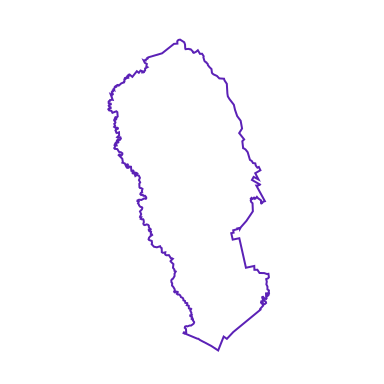 outline of Manawatu District, Manawatu-Wanganui, New Zealand, rotated 299°
{"feature_id": "76426892B10896556014", "entity_name": "Manawatu District", "entity_type": "district", "adm_level": 2, "iso_a3": "NZL", "parent_name": "New Zealand", "parent_adm1": "Manawatu-Wanganui", "projection": "mercator", "projection_center": [175.693, -40.12], "detail": "fine", "context": "isolated", "style": "outline", "palette": "violet", "viewbox_px": 384, "rotation_deg": 299, "n_neighbors": 0, "source": "geoboundaries", "source_scale": "gbopen_adm2", "svg_char_len": 5964}
<svg xmlns="http://www.w3.org/2000/svg" viewBox="0 0 384 384"><g transform="rotate(299 192 192)"><path d="M316.7,106.0L314.7,107.3L312.8,104.4L298.8,98.6L288.5,88.4L287.8,88.5L287.5,88.0L286.9,88.4L285.3,87.3L284.7,87.7L284.4,87.0L283.6,86.9L283.6,86.0L282.1,88.1L282.1,90.4L279.7,91.2L279.6,92.5L277.3,91.1L275.5,92.1L274.2,91.4L273.7,91.7L273.4,90.8L272.8,91.1L272.5,90.6L272.9,90.5L273.0,90.0L273.5,89.7L273.3,88.1L270.5,87.7L270.9,85.2L263.8,84.0L264.5,80.4L263.9,79.8L263.1,80.5L262.5,80.0L262.6,79.5L262.0,79.3L261.7,80.3L261.0,80.9L260.2,79.9L260.3,79.1L259.4,78.3L259.0,78.9L258.1,78.2L257.7,78.3L257.7,78.7L257.2,78.5L256.0,79.3L255.4,79.0L254.9,79.4L252.8,77.5L249.6,76.4L249.3,75.9L249.7,75.3L249.4,74.8L248.2,74.7L248.1,74.2L247.2,73.7L246.7,73.6L246.6,74.1L246.3,73.8L244.5,73.7L244.2,74.0L243.9,73.7L243.6,74.1L243.6,73.7L243.1,73.6L242.8,74.2L242.4,73.6L241.8,74.0L241.5,73.5L240.4,73.4L239.6,74.2L239.6,74.9L239.0,75.4L238.7,75.2L238.9,74.4L238.0,74.8L238.0,73.5L234.2,77.9L233.9,77.0L232.8,76.2L232.7,75.8L231.9,76.0L231.4,75.4L230.5,75.3L229.3,76.1L229.9,78.0L229.5,78.5L228.9,78.4L228.0,77.4L227.1,77.3L226.5,78.3L226.6,79.8L225.9,80.2L224.3,78.7L223.8,78.7L223.2,79.9L223.9,82.2L222.7,84.0L225.9,86.7L225.6,88.0L222.0,90.4L221.0,90.1L220.4,88.8L219.6,88.8L219.2,90.4L218.7,90.4L218.1,90.1L217.9,89.0L217.4,89.0L216.9,89.2L215.9,91.2L215.0,91.4L213.9,91.0L212.8,92.5L211.2,92.3L211.1,93.1L211.5,93.4L210.8,94.8L211.9,95.2L211.9,96.3L211.5,96.5L209.6,95.2L208.6,95.3L208.4,95.9L207.2,97.0L207.1,97.7L208.8,99.2L206.2,100.8L203.6,100.0L203.6,101.2L205.1,102.9L204.2,103.9L202.5,103.6L201.5,101.6L200.5,101.4L200.1,101.5L200.6,103.0L199.8,103.5L199.2,103.2L197.9,101.4L197.4,101.4L197.1,102.5L196.3,103.4L195.9,102.6L196.7,101.8L196.2,101.4L195.3,101.6L195.0,102.8L192.7,102.7L192.3,103.5L193.3,105.9L191.7,108.7L192.3,110.7L192.1,112.3L191.2,112.8L190.0,112.7L189.5,112.3L189.8,110.9L189.6,110.2L188.7,110.0L187.3,114.9L184.8,116.9L183.9,116.9L184.4,119.4L182.8,121.5L184.8,121.9L184.9,122.6L183.4,123.5L182.2,122.6L181.7,123.6L182.4,124.8L184.0,125.1L184.5,126.4L181.1,128.7L181.2,129.4L182.2,130.0L182.0,130.7L181.5,131.0L180.2,130.6L179.6,131.0L179.7,131.7L181.2,132.3L181.8,134.2L181.7,135.2L181.0,135.0L180.4,133.7L179.3,133.8L178.5,134.7L179.9,135.4L180.6,137.3L180.4,137.8L179.1,139.6L176.7,139.8L175.3,142.0L173.7,141.9L170.6,143.8L170.3,144.6L170.8,145.9L170.7,147.2L168.5,147.7L167.7,148.5L166.2,147.7L165.1,147.8L164.7,149.0L165.7,150.3L165.1,151.3L165.9,152.8L165.2,154.5L164.4,155.0L163.6,154.9L163.2,153.3L160.5,151.6L159.6,149.4L158.2,148.4L157.5,148.7L157.7,150.1L155.8,150.3L155.5,151.4L154.6,152.3L154.0,153.9L154.4,155.5L154.0,156.3L152.5,156.6L149.8,155.9L148.0,158.3L144.9,158.6L144.8,159.0L145.3,159.9L143.6,160.1L143.7,161.2L144.5,162.4L144.1,163.2L142.3,164.5L140.7,164.8L140.0,165.7L140.2,166.8L141.7,168.1L142.0,169.5L141.7,170.5L140.6,171.1L139.8,172.1L139.4,174.0L138.5,174.1L137.9,172.6L137.5,172.9L137.0,173.8L137.3,175.5L135.2,176.3L134.9,177.0L135.4,177.6L135.1,178.0L132.9,176.9L131.1,176.6L129.5,177.0L129.2,177.8L129.7,180.5L128.0,181.8L126.8,182.0L125.7,185.3L126.6,188.1L129.1,190.4L128.3,191.5L128.2,192.7L124.7,194.8L124.7,196.1L126.3,197.9L124.6,198.6L124.2,199.4L124.3,200.4L125.6,202.4L123.9,205.5L124.3,206.5L124.3,207.6L121.5,206.7L120.9,206.9L119.9,210.7L116.5,212.1L115.7,214.1L114.5,214.9L114.6,216.3L112.2,216.3L110.0,217.5L106.9,217.4L105.7,216.7L104.6,216.8L103.1,217.8L102.6,218.9L100.5,219.9L100.0,221.5L98.6,223.9L97.7,224.6L96.1,224.7L95.9,225.7L97.2,226.4L97.7,227.9L97.2,228.2L95.6,228.1L95.4,229.2L96.1,230.5L95.9,231.8L94.7,233.3L94.9,235.2L94.1,236.4L93.1,237.0L93.3,238.7L91.8,239.9L92.5,241.7L91.4,242.4L90.5,242.4L90.9,244.3L88.7,245.7L88.7,246.5L89.4,247.4L89.3,248.0L87.4,248.0L86.1,250.0L84.7,250.7L84.5,251.4L83.8,251.3L83.2,250.3L82.7,250.6L82.5,251.2L83.0,252.2L82.3,253.1L80.8,253.2L80.7,253.9L81.1,254.6L80.1,255.1L79.4,256.8L78.8,257.2L77.4,257.2L74.7,255.9L74.1,254.7L72.2,253.1L71.9,252.0L70.9,251.2L69.7,251.5L69.2,253.2L66.4,255.0L65.7,254.3L65.4,253.0L64.5,253.0L64.6,254.8L65.2,255.4L65.0,256.2L66.3,267.9L66.7,268.7L66.4,270.8L66.7,283.5L66.1,291.7L80.9,289.8L80.5,293.7L89.6,296.0L122.2,308.9L122.3,308.4L122.9,308.3L127.1,309.3L128.0,308.3L128.7,306.0L130.0,305.6L130.6,306.3L130.6,306.8L128.7,308.2L128.4,309.1L129.5,310.1L130.9,310.6L131.7,309.8L132.4,306.0L133.8,304.5L134.3,304.4L134.8,305.0L134.0,307.1L134.3,308.7L135.2,308.8L136.2,307.7L139.2,305.9L139.9,306.9L138.0,307.7L137.6,308.4L138.8,308.9L140.8,308.5L141.8,307.6L143.2,307.0L143.4,305.2L145.9,303.8L147.3,301.8L149.8,300.9L151.8,299.1L153.4,300.4L154.7,300.6L157.5,298.5L156.6,297.3L156.1,294.5L153.9,290.3L155.7,286.9L154.2,284.3L157.5,282.3L151.9,275.9L174.5,255.8L170.1,250.7L175.0,246.3L176.6,248.1L178.5,246.6L181.6,249.8L182.1,249.3L183.7,251.1L182.8,251.8L184.9,251.8L193.1,253.6L204.6,254.6L211.5,250.4L212.0,248.6L213.0,247.5L214.1,247.6L214.5,246.7L215.7,246.9L215.5,248.4L216.9,248.9L216.5,249.7L217.2,249.8L217.1,250.7L219.2,251.1L218.6,252.6L218.1,256.5L215.8,257.7L215.6,258.2L216.3,258.7L218.0,258.9L219.3,260.2L228.8,245.2L229.6,246.6L230.1,246.6L230.9,247.7L231.5,247.8L231.6,238.6L235.1,238.6L235.2,244.1L239.1,238.2L244.2,241.3L246.3,238.3L245.0,237.4L245.5,236.1L246.1,234.9L247.7,233.5L246.9,231.3L248.1,229.2L248.2,227.1L253.8,221.4L255.1,218.3L255.3,216.8L255.1,215.5L260.8,211.4L263.3,212.1L266.4,204.7L271.8,205.0L277.9,200.0L280.3,194.7L284.7,189.8L288.6,186.3L291.4,179.8L293.0,177.0L295.3,175.2L303.5,170.0L305.4,166.3L306.6,165.1L304.6,160.8L305.6,157.5L305.3,153.8L305.6,152.3L306.0,151.6L309.0,149.4L309.7,146.7L310.7,144.4L311.7,143.5L312.0,142.0L312.3,141.8L312.4,139.9L312.8,139.2L315.3,136.7L316.4,136.4L317.8,133.8L316.7,132.0L318.8,128.4L316.7,127.6L314.6,126.2L314.6,125.2L315.2,124.8L316.2,121.6L315.6,120.6L315.7,119.9L313.8,117.1L314.4,116.4L317.6,114.4L319.2,112.6L319.5,107.7L318.4,106.4L316.7,106.0Z" fill="none" stroke="#5b21b6" stroke-width="2"/></g></svg>